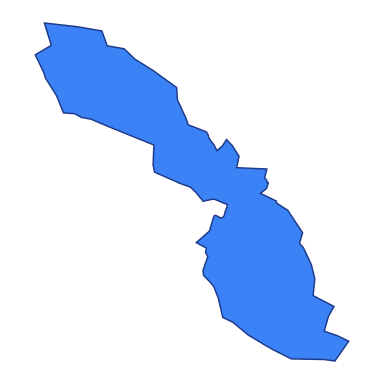 the district of Bugat, Bayan-Ölgiy, Mongolia
{"feature_id": "93677404B60998185395331", "entity_name": "Bugat", "entity_type": "district", "adm_level": 2, "iso_a3": "MNG", "parent_name": "Mongolia", "parent_adm1": "Bayan-Ölgiy", "projection": "robinson", "projection_center": [90.024, 49.009], "detail": "fine", "context": "isolated", "style": "filled", "palette": "blue", "viewbox_px": 384, "rotation_deg": 0, "n_neighbors": 0, "source": "geoboundaries", "source_scale": "gbopen_adm2", "svg_char_len": 1701}
<svg xmlns="http://www.w3.org/2000/svg" viewBox="0 0 384 384"><path d="M266.8,169.0L236.7,167.7L239.0,156.2L232.4,145.7L226.5,139.5L222.5,145.8L216.9,150.7L214.0,144.9L212.0,142.4L210.6,140.6L210.1,139.5L209.3,138.3L208.5,137.2L208.2,135.0L206.4,131.9L188.2,124.8L185.9,118.1L177.4,99.7L176.7,87.6L154.2,71.3L134.9,59.1L124.1,48.8L107.2,45.8L101.9,31.0L78.5,26.9L44.4,23.0L51.3,45.3L35.3,54.8L43.7,72.4L45.5,78.1L53.0,90.0L56.6,95.8L63.5,112.9L74.7,113.7L81.3,117.4L90.7,119.1L109.7,127.1L153.9,145.0L153.1,164.9L154.6,172.2L175.9,181.5L179.1,183.1L182.2,184.2L188.7,186.5L189.6,186.8L190.1,186.9L191.0,187.7L193.7,190.3L195.3,191.8L196.6,193.1L197.5,194.3L198.1,195.2L200.7,198.2L203.2,201.3L203.8,201.1L204.3,201.0L205.0,200.8L207.2,200.4L210.2,199.7L213.6,199.1L213.8,199.0L217.1,200.3L220.6,201.8L224.2,203.3L227.6,204.6L227.5,204.9L226.5,208.0L225.4,211.2L225.1,212.1L224.4,214.5L224.1,215.7L223.6,216.8L223.0,217.3L222.4,217.4L221.7,217.6L221.0,217.9L220.5,218.2L220.1,218.2L219.9,218.0L219.5,217.4L217.5,216.2L217.1,216.0L216.5,215.7L215.3,215.5L214.4,215.5L214.1,216.4L213.5,217.3L209.4,231.1L196.3,242.6L206.4,248.1L205.5,252.4L207.8,256.5L203.0,270.3L203.6,275.5L209.6,281.6L213.7,286.4L218.2,297.9L222.8,317.5L232.6,322.1L248.5,335.2L264.8,345.0L274.2,350.3L291.4,358.9L324.1,359.5L334.9,361.0L348.7,341.2L337.6,335.8L324.2,331.2L328.5,316.2L334.0,306.5L313.1,295.6L314.8,278.8L311.4,264.8L303.5,247.9L299.5,243.3L302.6,232.8L287.6,210.1L284.0,207.9L281.5,206.3L279.9,205.2L277.3,203.5L276.4,202.9L276.4,201.1L260.5,193.4L266.6,188.5L268.3,182.8L267.3,182.7L267.0,182.1L267.1,181.5L266.7,180.8L266.7,180.1L264.6,178.0L266.8,169.0Z" fill="#3b82f6" stroke="#1e3a8a" stroke-width="1.5"/></svg>